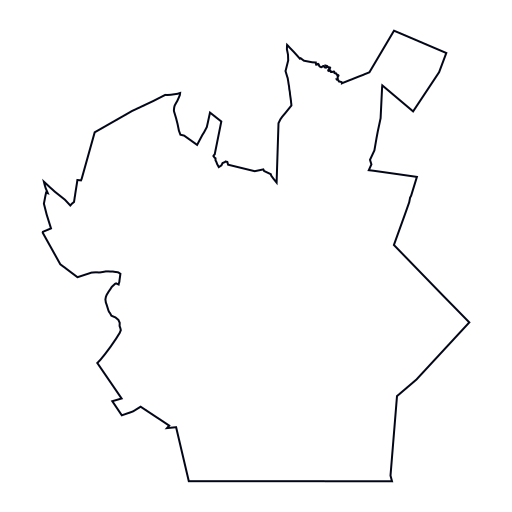 Maravilla Tenejapa, Chiapas, Mexico
{"feature_id": "50627088B99031968227417", "entity_name": "Maravilla Tenejapa", "entity_type": "district", "adm_level": 2, "iso_a3": "MEX", "parent_name": "Mexico", "parent_adm1": "Chiapas", "projection": "albers", "projection_center": [-91.265, 16.214], "detail": "fine", "context": "isolated", "style": "outline", "palette": "ink", "viewbox_px": 512, "rotation_deg": 0, "n_neighbors": 0, "source": "geoboundaries", "source_scale": "gbopen_adm2", "svg_char_len": 4745}
<svg xmlns="http://www.w3.org/2000/svg" viewBox="0 0 512 512"><path d="M392.0,481.3L390.5,475.6L397.0,396.1L414.6,381.1L416.5,379.5L418.3,377.5L469.3,322.4L443.4,296.0L393.9,245.0L404.6,215.3L409.2,202.3L410.1,197.6L411.1,195.8L416.9,176.9L400.9,174.6L373.2,170.7L368.8,170.2L371.4,164.4L370.0,159.8L373.0,153.4L374.4,150.4L376.5,138.2L377.7,131.8L380.6,118.2L382.1,87.3L382.3,85.4L413.1,111.4L439.1,72.2L446.3,53.0L394.0,30.7L369.4,72.3L366.7,73.4L364.6,74.2L363.4,74.8L358.6,76.6L353.1,78.8L352.2,79.2L349.8,80.1L342.3,83.1L341.9,83.3L341.9,82.9L342.0,82.7L341.9,82.5L341.6,82.1L339.8,81.6L339.3,81.6L338.8,81.4L338.7,81.0L338.5,80.5L338.2,80.1L337.9,79.8L337.6,79.8L337.1,79.7L336.8,79.6L336.7,79.4L336.8,79.4L336.9,79.2L337.2,78.9L337.4,78.8L337.5,78.6L337.8,78.3L337.8,78.1L337.7,77.7L337.6,77.3L337.6,76.9L337.7,76.6L337.8,76.5L338.1,76.3L338.2,76.0L338.5,75.7L338.4,75.3L338.0,75.0L337.5,74.9L337.2,75.0L336.9,74.8L336.7,74.5L336.6,74.2L336.4,73.9L336.3,73.6L335.9,73.3L335.5,73.4L335.2,73.3L334.6,73.1L334.4,72.9L334.4,72.6L334.3,72.3L334.3,72.1L334.3,71.9L334.2,71.8L334.1,71.6L333.8,71.5L332.4,71.9L332.0,72.0L331.6,72.0L331.1,72.0L330.8,71.9L330.7,71.6L330.7,71.3L330.6,70.9L330.5,70.6L330.3,70.4L330.2,70.3L329.7,70.3L329.4,70.6L329.0,70.9L328.9,70.8L328.7,70.9L328.2,70.6L328.2,70.4L328.3,70.2L328.5,69.7L328.8,69.3L328.9,69.1L329.1,68.8L329.4,68.7L329.5,68.5L329.7,68.4L329.8,68.3L329.9,68.2L330.1,68.0L330.2,67.8L330.1,67.6L329.8,67.4L329.6,67.4L328.2,67.1L327.8,66.8L327.5,66.5L327.4,66.3L327.1,66.0L326.4,65.8L326.7,66.3L326.7,66.5L326.8,66.8L326.7,67.3L326.2,67.6L325.6,67.6L325.2,67.6L324.6,67.2L324.4,67.0L324.4,66.6L324.3,66.2L323.8,66.0L323.5,66.0L322.8,66.2L322.2,66.7L321.5,67.2L321.1,67.2L320.6,66.9L319.7,66.5L319.3,66.0L319.1,65.6L318.9,65.2L318.9,64.9L318.8,64.7L318.7,64.4L318.5,64.2L318.2,63.9L317.8,63.9L317.4,64.1L317.2,64.5L316.7,64.6L316.2,64.7L316.0,64.1L315.9,63.6L315.8,62.9L315.8,62.5L312.3,62.3L303.9,60.7L300.6,58.2L299.9,58.7L296.7,55.1L293.8,51.9L290.9,48.9L290.0,48.0L287.9,45.7L287.1,44.9L287.0,46.0L286.9,49.3L287.2,50.7L288.0,54.7L288.2,60.4L287.2,64.4L285.8,70.0L285.5,71.0L286.3,73.7L287.2,76.7L287.7,78.2L287.9,79.5L288.2,81.2L288.4,82.6L288.6,84.0L288.9,85.5L289.1,86.9L289.2,88.3L289.4,89.7L289.7,91.2L289.9,92.6L290.0,94.0L290.2,95.5L290.6,98.2L290.8,99.7L291.0,101.1L291.1,102.6L291.3,104.0L291.4,105.5L285.6,112.7L285.2,113.2L282.3,116.6L280.4,119.3L278.5,123.2L276.6,182.6L273.3,178.5L271.2,175.6L270.8,174.2L264.1,171.0L263.3,169.4L258.1,170.5L254.7,171.2L228.1,164.7L227.3,161.9L226.8,161.8L225.6,161.5L225.4,161.8L223.2,162.8L222.6,163.0L221.4,165.4L218.8,167.1L217.1,164.0L216.4,162.0L215.5,160.3L215.5,158.3L214.6,157.7L213.4,156.0L213.9,155.2L214.2,154.8L214.7,154.4L221.3,121.5L210.0,112.6L207.8,122.7L206.8,127.1L204.0,132.4L202.4,134.9L197.1,144.9L184.1,135.6L180.4,134.7L178.9,130.6L177.6,124.2L176.1,118.3L174.0,111.3L173.9,110.2L174.2,107.4L174.7,105.5L176.0,103.1L177.3,100.9L178.7,97.8L179.8,95.2L179.9,94.5L180.1,93.0L177.5,93.8L173.3,94.4L170.6,94.8L167.1,95.0L165.2,94.9L153.3,101.0L131.8,111.1L130.3,112.0L94.7,132.3L81.7,178.7L81.0,180.4L77.4,180.0L76.9,183.4L75.3,193.5L75.1,195.0L75.0,195.8L74.7,197.3L74.6,198.2L74.0,202.0L72.4,203.3L72.0,203.6L70.3,205.5L66.3,201.2L64.9,199.7L54.7,191.6L52.1,189.2L49.9,187.3L49.3,186.7L47.7,185.2L43.9,181.7L44.7,184.9L45.6,188.0L47.8,193.2L46.1,192.6L45.4,195.8L43.9,203.7L46.7,214.7L51.0,228.4L42.9,231.8L42.7,232.7L53.9,252.8L60.3,264.3L63.5,266.7L64.7,267.5L65.8,268.4L67.4,269.6L70.3,271.8L71.5,272.7L72.7,273.6L77.5,277.2L82.7,275.5L85.1,274.7L87.6,273.9L88.5,273.6L90.9,272.8L91.1,272.7L91.5,272.6L92.8,272.5L93.1,272.5L94.0,272.4L94.5,272.4L95.5,272.3L97.0,272.3L98.7,272.5L100.2,272.4L100.3,272.4L102.0,272.1L102.6,272.0L102.9,272.0L103.2,271.9L104.3,271.7L104.9,271.6L105.7,271.4L106.7,271.4L107.5,271.4L108.5,271.4L109.8,271.5L111.3,271.5L112.3,271.5L112.6,271.5L112.8,271.5L114.2,271.8L114.4,271.8L115.6,272.0L116.9,272.1L118.1,272.4L118.3,272.4L119.6,273.3L120.4,273.8L119.4,281.1L119.4,281.6L119.3,282.0L119.0,283.0L118.8,283.5L118.7,283.9L118.6,284.5L116.1,283.4L115.1,283.8L113.4,285.4L112.5,286.2L111.9,286.8L111.5,287.3L110.4,289.1L108.7,291.5L107.7,293.2L106.8,294.6L105.9,296.8L105.4,299.5L105.5,300.1L105.8,302.2L105.8,302.4L106.6,304.6L108.5,310.7L109.2,312.1L110.0,313.1L111.4,315.7L113.5,316.6L115.4,317.4L115.8,317.7L118.4,319.9L119.7,322.8L119.6,326.0L120.4,328.3L120.8,330.2L119.6,333.1L118.3,335.1L116.2,338.5L110.5,346.8L105.1,354.0L100.4,359.8L97.3,363.0L121.6,398.5L112.3,401.2L121.8,415.3L131.7,411.9L133.2,411.3L140.6,406.7L169.2,425.6L167.0,428.1L176.1,427.2L176.2,427.6L188.8,481.2L190.2,481.2L244.9,481.2L290.2,481.2L290.3,481.2L392.0,481.3Z" fill="none" stroke="#020617" stroke-width="2"/></svg>